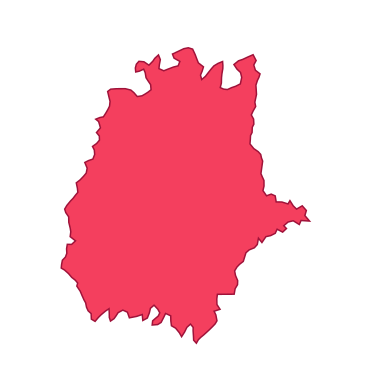 outline of Tenente Portela, Rio Grande do Sul, Brazil, rotated 102°
{"feature_id": "56859067B44510514495911", "entity_name": "Tenente Portela", "entity_type": "district", "adm_level": 2, "iso_a3": "BRA", "parent_name": "Brazil", "parent_adm1": "Rio Grande do Sul", "projection": "mercator", "projection_center": [-53.772, -27.358], "detail": "fine", "context": "isolated", "style": "filled", "palette": "rose", "viewbox_px": 384, "rotation_deg": 102, "n_neighbors": 0, "source": "geoboundaries", "source_scale": "gbopen_adm2", "svg_char_len": 3250}
<svg xmlns="http://www.w3.org/2000/svg" viewBox="0 0 384 384"><g transform="rotate(102 192 192)"><path d="M196.0,71.0L191.6,76.7L186.3,76.3L182.6,81.3L187.0,86.2L184.5,90.1L180.1,94.4L183.7,95.6L183.1,102.0L184.2,107.6L178.5,109.8L177.6,114.1L180.2,118.3L175.9,122.9L171.2,122.8L165.8,124.0L162.7,126.3L159.7,128.4L147.1,129.3L144.3,131.1L141.0,132.6L138.8,135.6L136.7,140.6L132.9,145.3L128.2,145.9L124.6,146.5L121.3,145.6L116.1,146.5L112.8,145.6L107.9,146.9L104.3,150.0L100.2,149.1L95.1,147.5L91.1,149.2L87.1,149.2L83.1,149.2L78.8,150.4L74.2,151.7L69.2,151.2L66.1,150.4L62.3,150.0L59.7,155.3L54.9,158.0L50.1,156.6L45.0,160.8L48.6,165.8L51.7,169.9L54.0,173.8L58.6,177.5L62.5,173.5L65.0,169.4L69.6,167.2L76.2,167.2L79.5,171.3L81.7,175.0L84.4,178.6L84.8,182.4L84.0,186.1L79.4,185.9L74.0,186.9L70.3,187.3L65.0,187.5L61.8,188.1L58.0,189.2L60.8,193.3L64.1,196.8L67.3,198.6L71.7,200.8L76.1,202.9L80.0,205.9L75.9,208.0L71.7,207.2L67.2,206.8L64.4,212.6L61.6,214.5L56.9,217.5L52.1,221.1L51.7,225.6L53.5,229.8L56.8,234.1L61.1,239.8L64.8,237.4L66.8,231.0L71.5,231.8L73.6,236.1L76.7,240.9L79.3,244.8L78.2,250.0L74.0,250.4L69.1,250.5L64.9,253.3L69.0,256.2L72.2,257.5L76.9,260.5L74.6,266.1L75.2,271.1L78.6,273.0L82.5,273.2L86.3,272.0L84.8,268.7L81.9,264.8L85.0,262.6L89.8,260.7L92.5,258.0L95.6,254.8L100.5,253.3L103.5,255.8L105.8,258.1L108.3,260.9L110.0,265.4L106.9,269.5L105.0,273.0L104.8,278.8L106.7,287.4L108.3,292.9L111.2,295.4L116.1,293.1L120.4,291.0L125.2,290.5L128.7,291.4L132.7,292.7L136.9,294.3L138.3,297.6L140.8,301.3L142.5,298.0L145.4,296.4L148.3,294.9L153.7,297.8L156.5,294.3L160.5,293.3L164.4,295.4L168.1,298.8L171.2,296.3L175.5,295.0L180.4,295.8L182.8,299.8L185.4,303.0L190.5,299.5L195.5,299.4L199.1,301.3L203.6,304.1L207.1,307.1L212.1,304.9L216.1,303.6L219.5,305.4L222.9,307.0L226.1,309.0L231.1,311.6L235.2,313.0L238.4,311.2L241.9,307.5L247.3,306.2L252.7,303.6L256.1,302.3L261.0,301.9L264.0,295.8L268.3,298.9L269.1,303.1L273.6,302.9L278.0,301.7L282.0,302.3L285.7,304.6L290.0,304.5L293.6,304.1L294.8,300.5L297.5,295.8L300.5,291.9L302.5,287.9L304.8,284.9L308.0,285.1L312.3,280.7L316.3,277.9L320.0,275.2L322.5,273.0L326.7,271.2L329.8,268.9L331.9,265.4L337.3,264.0L338.7,259.9L334.2,257.5L331.0,255.4L326.5,251.9L323.4,248.9L327.5,247.8L331.9,246.8L335.2,244.9L332.1,241.9L329.1,240.6L325.4,239.2L321.9,235.1L323.0,230.2L328.1,227.1L325.2,220.3L322.2,215.2L327.9,213.4L324.6,209.5L319.2,208.6L314.4,208.5L310.6,205.6L313.7,201.1L316.9,198.4L320.3,199.2L323.5,201.7L326.2,203.7L330.4,203.3L328.8,198.0L326.0,195.1L320.8,193.7L316.3,192.6L317.5,187.1L322.5,185.9L327.1,184.3L328.6,179.7L332.3,175.1L335.7,172.1L330.4,170.1L325.5,168.9L321.5,166.0L324.2,162.7L327.4,162.1L333.1,160.5L336.6,159.6L339.0,156.3L335.2,155.1L332.3,153.2L329.3,150.8L326.4,148.7L323.0,146.3L319.2,143.8L316.3,142.0L312.8,140.8L307.3,143.1L304.0,145.6L300.9,140.2L296.9,144.2L291.5,145.5L286.8,145.9L283.2,129.5L277.6,129.7L273.2,128.2L269.2,128.9L264.6,132.1L260.3,133.9L256.0,132.4L252.9,130.5L249.2,127.4L240.2,126.6L236.7,124.0L233.6,119.4L229.8,117.2L223.4,117.4L226.9,113.1L220.3,110.4L218.3,106.0L215.1,102.0L210.7,101.0L212.4,95.0L208.1,92.0L205.9,95.2L201.4,91.8L199.1,87.0L201.5,80.3L197.2,79.4L196.0,71.0Z" fill="#f43f5e" stroke="#9f1239" stroke-width="1.5"/></g></svg>